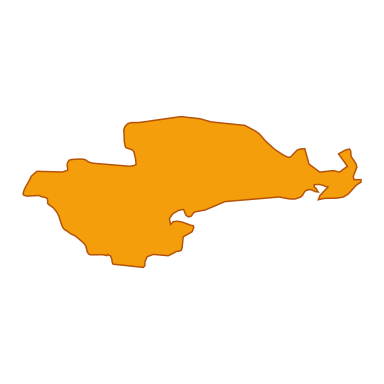 Waterford, Natural Earth projection
{"feature_id": "IRL-1444", "entity_name": "Waterford", "entity_type": "County", "adm_level": 1, "iso_a3": "IRL", "parent_name": "Ireland", "parent_adm1": "", "projection": "natural_earth1", "projection_center": [-7.576, 52.152], "detail": "fine", "context": "isolated", "style": "filled", "palette": "amber", "viewbox_px": 384, "rotation_deg": 0, "n_neighbors": 0, "source": "natural_earth", "source_scale": "10m", "svg_char_len": 2171}
<svg xmlns="http://www.w3.org/2000/svg" viewBox="0 0 384 384"><path d="M350.5,150.4L350.8,152.2L351.0,155.9L351.9,157.6L355.9,163.6L356.9,167.2L353.3,176.2L353.9,179.7L361.0,179.6L361.0,182.1L356.5,185.0L348.3,194.0L343.4,197.0L337.1,198.1L324.3,198.4L318.3,199.7L319.9,195.6L327.9,187.1L321.7,184.9L318.1,184.4L314.2,184.8L314.2,187.1L315.8,188.1L316.6,189.2L317.2,190.5L318.2,192.0L315.3,191.6L311.6,189.9L309.4,189.5L305.9,190.5L304.0,192.6L302.7,195.1L300.8,197.0L295.2,199.0L289.9,199.0L279.2,197.0L224.9,201.6L205.4,209.9L194.9,211.9L193.5,212.8L192.4,214.6L190.9,216.4L188.1,216.8L186.1,215.4L184.9,212.9L184.1,210.5L183.2,209.4L178.3,210.5L172.9,213.7L169.4,218.5L170.5,224.5L173.3,221.7L177.6,221.2L182.8,222.3L191.3,225.4L193.3,225.7L193.8,227.3L192.1,231.7L183.2,236.9L182.1,247.9L181.1,250.5L178.7,251.2L175.9,251.6L173.6,253.1L168.2,255.7L153.2,254.4L147.2,256.7L144.9,261.8L144.9,265.6L143.3,267.4L113.2,264.2L112.3,262.7L111.8,259.3L110.6,256.0L107.4,254.5L106.8,255.6L102.7,254.7L91.5,254.8L89.7,254.6L88.3,253.6L87.3,252.0L85.8,246.0L85.0,244.7L83.6,243.0L75.4,236.0L71.7,234.3L69.0,232.6L67.6,231.4L64.4,229.5L63.2,228.1L61.9,225.6L58.8,216.1L56.9,212.2L53.2,207.7L48.7,204.5L47.7,203.5L47.6,199.7L47.0,198.3L45.0,197.4L41.4,196.6L40.0,196.0L38.5,195.5L27.1,196.1L25.4,195.7L23.8,195.2L23.0,193.9L23.7,191.3L25.3,187.5L29.8,179.5L31.3,176.2L36.9,171.3L62.1,172.0L64.7,171.3L67.7,170.2L67.7,168.8L67.2,166.0L67.2,164.3L67.6,162.6L68.9,160.4L71.4,159.5L80.5,159.0L83.6,159.3L85.7,159.9L87.8,161.5L89.8,162.4L92.7,163.2L130.1,166.3L134.1,165.5L136.1,164.4L135.5,158.7L134.9,155.8L134.2,153.1L133.8,151.9L133.2,150.8L132.2,149.9L130.8,149.3L126.2,147.8L125.4,147.0L124.3,141.7L124.1,133.8L123.7,131.0L124.0,129.1L124.8,126.8L127.2,124.1L129.2,123.1L131.3,122.6L139.2,122.5L180.8,116.6L199.8,118.7L211.0,121.9L244.9,125.4L256.0,131.4L259.6,134.1L265.2,140.7L274.4,149.1L282.7,154.7L287.0,156.9L289.6,157.4L290.8,156.7L291.8,155.8L296.3,150.9L297.3,150.1L299.0,149.4L301.2,148.9L304.8,148.7L309.0,164.1L319.8,172.1L333.3,170.6L339.5,172.1L347.4,166.3L338.5,153.9L344.9,150.3L349.3,149.0L350.5,150.4Z" fill="#f59e0b" stroke="#b45309" stroke-width="1.5"/></svg>